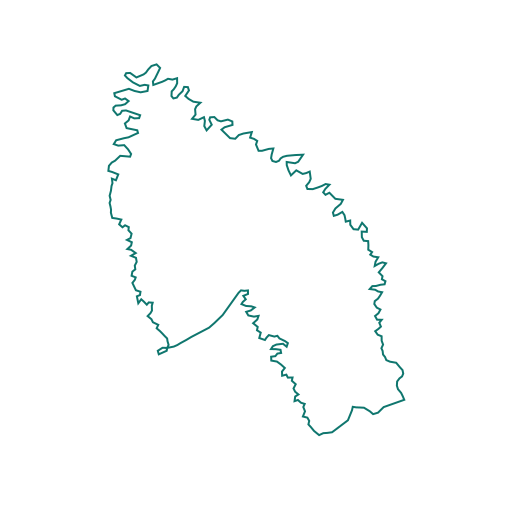 Iretama, Paraná, Brazil, rotated 289°
{"feature_id": "56859067B93309478816761", "entity_name": "Iretama", "entity_type": "district", "adm_level": 2, "iso_a3": "BRA", "parent_name": "Brazil", "parent_adm1": "Paraná", "projection": "equal_earth", "projection_center": [-52.101, -24.358], "detail": "fine", "context": "isolated", "style": "outline", "palette": "teal", "viewbox_px": 512, "rotation_deg": 289, "n_neighbors": 0, "source": "geoboundaries", "source_scale": "gbopen_adm2", "svg_char_len": 4850}
<svg xmlns="http://www.w3.org/2000/svg" viewBox="0 0 512 512"><g transform="rotate(289 256 256)"><path d="M282.2,94.6L278.1,96.6L275.2,96.6L270.5,97.6L265.3,98.0L261.7,100.3L258.5,100.3L255.4,102.3L252.5,103.9L249.7,104.7L245.2,107.7L246.0,111.9L246.6,116.8L241.4,116.3L239.7,120.4L242.4,122.2L241.9,126.3L238.8,127.0L236.6,131.1L232.1,131.5L229.2,128.8L228.6,134.1L225.2,134.5L220.7,132.1L221.2,135.9L219.6,141.3L215.5,137.7L215.2,143.1L211.6,145.1L207.5,144.5L204.1,146.2L201.0,144.2L196.8,144.8L196.6,149.2L194.1,149.2L190.3,147.9L184.5,153.6L184.6,158.4L181.3,159.0L179.1,156.5L173.0,160.1L177.7,161.6L176.4,164.7L174.4,168.6L177.2,169.7L178.2,173.5L175.0,173.7L170.5,175.4L167.5,174.8L163.9,173.1L162.2,177.7L159.8,180.1L159.1,186.0L155.3,185.6L153.7,189.7L152.2,192.7L150.6,195.7L149.1,198.8L146.6,200.1L143.5,202.3L140.2,202.0L143.6,207.8L146.2,210.6L149.1,213.0L153.9,217.4L158.4,221.2L173.0,235.0L179.1,238.5L189.3,243.7L215.5,251.5L218.6,253.0L219.3,256.4L220.8,259.6L217.5,260.8L214.2,257.0L211.7,260.4L208.3,258.5L205.8,257.9L205.5,262.8L206.9,268.0L206.9,271.5L202.8,268.8L200.0,264.9L197.3,268.1L198.0,273.8L200.2,277.9L196.4,277.9L191.5,275.2L189.5,280.7L186.1,281.1L185.1,285.4L182.4,285.6L179.5,285.8L179.5,291.8L182.2,292.5L185.4,293.9L185.8,299.6L187.5,302.2L185.7,305.0L185.0,311.0L184.0,314.5L180.2,314.5L181.8,310.1L178.9,304.1L176.2,301.3L172.9,300.5L174.4,305.2L175.3,309.7L172.5,311.3L170.7,308.0L167.6,306.9L165.7,303.1L162.1,304.5L163.0,310.2L161.5,315.0L159.5,319.7L155.2,318.2L151.3,319.7L153.7,323.3L151.4,325.7L153.0,330.1L149.7,330.5L147.7,335.3L143.0,334.6L140.4,337.2L138.9,341.2L135.9,338.8L131.3,339.7L133.5,342.5L131.9,346.3L132.0,350.2L128.6,349.9L125.1,352.9L119.5,352.6L119.9,357.2L117.4,360.0L113.8,360.4L112.1,363.6L109.5,367.8L107.2,374.0L110.4,377.3L111.9,380.9L114.1,385.3L130.6,396.4L141.4,397.0L144.9,396.6L145.5,400.0L146.5,403.3L147.7,407.5L146.2,414.3L144.6,418.2L147.6,422.4L154.7,425.9L168.3,443.0L171.0,440.6L173.8,437.8L176.3,433.6L179.3,431.4L183.3,430.3L187.0,431.5L189.7,433.3L192.7,433.5L195.8,431.7L197.7,428.2L200.7,423.3L199.7,417.1L200.0,413.1L202.5,410.9L204.2,408.2L207.5,406.6L209.6,404.6L213.6,405.0L216.8,402.4L221.0,400.9L221.2,396.7L223.7,393.2L226.8,395.4L229.9,397.1L233.0,394.3L236.6,395.6L235.2,391.2L238.0,388.1L241.7,390.4L245.9,391.1L246.5,387.0L249.1,383.5L252.0,383.0L255.3,385.2L258.8,386.2L262.8,387.0L262.2,383.0L262.9,379.7L261.8,374.3L265.4,375.8L266.7,379.2L269.3,383.0L271.1,386.8L274.3,386.6L275.0,382.6L278.1,382.2L280.5,377.4L285.6,379.4L291.4,381.3L291.1,377.5L288.6,374.5L285.2,371.5L289.5,370.9L294.6,372.0L293.7,367.2L294.5,363.6L297.5,364.5L298.5,360.1L303.0,358.7L306.6,357.2L305.5,352.9L308.2,350.0L313.5,348.0L314.9,352.9L318.3,351.9L321.9,345.5L314.2,344.0L313.1,339.5L316.2,335.0L320.2,333.5L317.7,329.7L320.6,328.1L323.4,326.4L325.8,323.3L321.6,319.7L319.3,316.5L322.1,314.6L326.8,315.6L332.9,319.2L337.4,319.9L335.9,312.4L339.7,304.8L336.5,301.8L338.1,298.8L342.0,299.7L347.3,302.2L346.7,298.4L343.6,295.4L340.8,292.0L337.7,287.9L336.1,282.8L338.7,280.6L343.1,282.3L346.8,282.6L353.3,279.3L350.7,276.4L348.8,273.4L350.1,266.2L343.6,262.8L347.5,258.9L351.9,255.5L354.9,254.4L355.6,258.3L356.4,262.7L358.8,265.2L367.1,267.5L364.2,260.2L360.8,252.6L358.6,249.3L356.3,247.5L353.5,246.7L351.4,244.3L351.2,240.6L353.4,238.4L356.9,237.8L363.3,237.4L361.4,233.2L357.4,227.4L356.3,224.2L361.4,219.7L365.2,219.7L366.1,215.9L366.0,211.9L371.8,211.7L367.7,204.2L364.8,200.4L360.1,198.2L359.0,193.1L364.2,182.2L367.5,184.4L372.3,191.1L375.5,189.8L375.8,185.0L371.9,179.0L371.8,175.5L373.8,171.4L372.2,167.5L369.6,167.5L365.7,171.4L358.7,168.4L362.0,164.8L367.1,163.7L370.3,161.6L365.9,157.1L364.9,150.9L370.0,152.8L375.0,150.6L378.0,150.9L382.8,153.5L381.5,146.5L382.6,141.1L384.3,137.0L390.7,138.7L393.5,136.6L392.5,133.0L387.9,132.9L383.2,130.5L380.0,129.6L378.1,126.6L379.7,124.0L384.2,122.7L387.0,124.0L390.4,124.9L393.7,125.2L398.4,123.5L395.6,119.6L394.9,115.1L392.5,113.0L390.2,110.6L384.3,103.2L387.5,101.7L390.7,102.7L398.0,103.6L402.6,104.1L404.8,99.6L401.6,95.3L397.4,93.4L393.5,92.2L391.1,90.6L385.9,84.8L388.1,77.4L386.6,73.7L384.0,73.3L382.3,76.5L380.1,83.1L379.0,90.8L381.6,95.0L382.2,98.7L376.7,99.7L373.2,93.6L372.5,87.4L372.7,81.4L363.8,69.0L361.1,70.6L360.0,78.1L362.3,80.9L361.0,85.1L356.9,82.8L354.5,79.3L352.5,74.4L350.0,72.9L347.3,73.7L344.1,79.0L346.2,81.3L349.7,82.1L351.3,85.7L351.4,100.6L348.3,100.6L346.5,96.1L346.9,91.5L342.7,91.4L338.6,88.9L334.8,92.0L336.2,102.8L333.9,104.4L331.4,101.7L326.7,96.8L324.3,92.7L319.9,86.1L315.5,85.1L315.5,89.8L317.9,95.3L315.2,100.3L311.8,104.7L308.9,104.6L307.9,100.5L306.5,95.0L300.2,91.7L297.4,89.2L293.4,87.6L288.4,88.7L288.6,92.6L288.3,99.2L282.0,98.9L282.2,94.6ZM140.2,202.0L138.8,197.5L134.4,194.0L131.4,196.1L137.3,202.4L140.2,202.0Z" fill="none" stroke="#0f766e" stroke-width="2"/></g></svg>